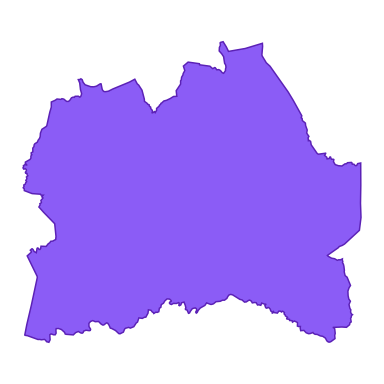 Chu Puh, Gia Lai, Vietnam (orthographic projection)
{"feature_id": "81297802B62904822955283", "entity_name": "Chu Puh", "entity_type": "district", "adm_level": 2, "iso_a3": "VNM", "parent_name": "Vietnam", "parent_adm1": "Gia Lai", "projection": "orthographic", "projection_center": [108.066, 13.509], "detail": "fine", "context": "isolated", "style": "filled", "palette": "violet", "viewbox_px": 384, "rotation_deg": 0, "n_neighbors": 0, "source": "geoboundaries", "source_scale": "gbopen_adm2", "svg_char_len": 5880}
<svg xmlns="http://www.w3.org/2000/svg" viewBox="0 0 384 384"><path d="M24.8,334.9L25.0,335.3L27.5,335.7L38.0,339.5L39.6,339.4L41.4,339.8L44.4,339.4L45.4,340.1L46.6,341.7L48.9,342.3L50.1,339.8L49.8,334.8L50.6,334.1L51.4,334.0L53.6,334.8L55.2,334.8L56.1,333.2L55.9,330.0L56.2,328.6L58.5,328.5L61.4,329.5L64.6,332.4L65.2,334.0L66.1,334.3L73.3,334.9L75.7,332.6L78.3,331.5L80.7,332.9L82.1,333.2L83.1,332.6L83.7,331.1L86.0,330.2L89.2,330.7L90.3,330.4L90.6,329.2L89.0,326.6L88.9,323.4L90.5,321.5L92.8,320.6L95.2,321.7L98.6,321.5L100.9,323.9L102.6,325.0L103.7,325.0L106.5,322.9L107.7,323.2L109.1,325.3L110.3,328.1L111.7,328.5L115.5,330.5L118.8,333.6L120.0,333.8L123.4,332.1L124.6,329.1L125.4,328.3L128.5,327.4L130.4,328.1L133.8,326.7L136.3,322.9L137.5,322.1L138.9,317.9L142.3,318.4L144.6,317.2L145.8,317.2L148.0,313.2L148.4,309.8L151.0,310.3L152.3,312.0L153.3,312.6L153.8,313.5L155.8,312.2L157.2,312.4L158.8,311.7L159.4,308.2L160.8,307.4L161.3,304.6L163.5,303.2L164.9,300.8L167.1,298.9L169.6,299.1L171.2,300.6L171.2,301.3L169.7,302.2L169.4,303.0L170.1,304.0L171.4,304.5L173.5,303.4L176.3,303.5L178.7,302.6L179.2,303.2L178.9,305.4L179.5,305.7L180.9,304.8L181.5,302.8L184.0,302.1L185.3,305.4L185.9,308.0L185.4,308.7L185.5,309.5L187.1,310.1L188.5,313.3L189.5,313.0L190.5,311.1L192.4,308.6L195.2,307.9L196.2,308.5L196.6,309.3L196.6,310.3L195.7,312.1L196.3,313.1L197.2,312.5L198.2,310.4L200.3,308.0L204.9,305.4L206.6,302.9L210.6,304.4L211.6,304.4L213.5,303.8L216.0,301.7L220.2,301.3L222.5,300.2L224.5,300.2L226.9,298.4L227.8,296.5L229.1,294.9L230.8,294.4L232.7,294.9L239.9,299.4L242.0,299.9L244.5,302.1L246.3,301.9L248.6,300.4L249.7,300.1L251.3,301.1L252.3,302.9L254.6,302.5L256.2,302.7L257.5,305.0L258.7,304.8L260.8,305.3L261.7,303.1L264.4,304.1L265.7,304.2L265.8,304.6L264.9,305.5L265.7,307.7L266.8,308.2L268.1,307.5L268.8,307.6L270.3,309.2L270.7,310.9L272.0,311.8L272.3,313.1L272.8,312.9L273.4,311.6L274.2,312.6L277.4,313.1L278.8,311.2L280.1,311.1L281.6,312.0L282.1,311.3L282.8,311.3L284.4,312.5L284.1,313.9L285.1,314.9L285.4,315.9L287.5,317.3L286.7,318.5L286.9,319.0L289.5,319.4L289.6,320.5L292.1,320.7L292.5,322.1L294.3,321.0L297.1,322.3L297.5,322.8L297.4,326.1L298.4,326.5L300.4,326.5L300.2,328.2L300.7,330.7L303.9,330.4L306.2,332.8L308.5,333.7L310.1,333.6L312.9,332.5L313.4,333.3L315.1,334.3L317.2,334.4L320.3,335.9L322.7,336.3L325.4,338.1L326.8,340.8L328.3,342.0L329.8,342.1L331.1,341.5L335.0,338.6L334.7,335.5L335.2,333.4L334.7,328.8L334.2,328.0L332.8,327.4L341.9,327.0L346.5,327.3L349.6,324.7L349.9,322.9L351.2,321.9L350.6,318.4L351.2,317.3L351.5,315.5L352.5,314.7L351.3,313.8L350.6,312.1L350.8,309.8L349.9,308.4L349.0,304.5L350.4,301.2L348.8,299.0L348.1,295.6L347.9,291.1L349.1,287.7L350.5,285.5L347.1,277.2L345.1,275.6L344.2,271.7L344.4,270.4L343.9,266.3L343.4,264.2L342.5,262.7L342.8,261.5L342.3,260.0L342.4,258.9L340.2,259.9L338.9,259.7L337.3,260.3L334.6,258.7L331.6,258.2L328.2,256.3L327.4,255.4L338.3,247.7L339.3,246.5L342.3,245.4L344.6,244.0L359.4,230.3L361.0,217.4L360.5,203.3L360.8,185.4L360.7,163.0L357.7,163.6L356.7,165.4L356.0,165.7L355.1,165.5L353.9,164.2L352.3,164.2L351.9,162.8L351.4,162.4L347.5,162.7L346.5,163.7L344.9,163.9L341.9,166.0L338.4,165.7L335.2,164.6L333.5,161.8L333.8,159.5L333.1,159.2L331.4,159.3L330.5,157.0L329.8,157.1L329.2,158.5L327.1,158.9L326.8,157.3L324.6,155.4L325.7,153.5L325.6,153.2L318.4,154.2L317.2,153.5L311.2,144.8L310.6,141.4L309.3,140.4L308.4,140.7L308.1,137.8L308.9,136.4L306.7,133.1L307.2,130.0L305.6,125.5L305.4,123.1L302.4,120.6L302.1,118.4L301.2,117.8L301.8,115.8L293.2,100.3L288.1,91.9L270.0,66.2L266.3,62.8L262.2,56.0L261.9,54.9L262.6,46.4L262.4,43.3L245.2,48.5L228.5,51.4L226.3,46.9L223.1,41.7L220.5,42.4L220.1,42.9L220.4,45.3L219.4,47.4L219.2,51.0L221.7,53.8L223.6,56.7L224.6,63.3L225.6,64.9L226.0,67.2L225.5,69.0L225.5,70.6L223.6,73.3L222.2,72.7L220.4,70.5L218.8,69.6L216.8,69.8L215.2,67.7L214.4,67.6L213.4,68.4L212.6,68.6L209.9,66.2L199.6,64.8L199.4,63.7L188.1,62.1L183.4,66.1L184.8,70.6L183.2,73.5L182.9,75.0L181.6,77.2L181.3,79.8L180.6,80.8L180.6,84.1L176.2,90.7L176.8,96.3L173.5,96.5L170.1,98.6L166.5,100.3L163.8,101.0L161.7,103.0L161.0,103.3L160.6,104.3L159.4,105.3L159.2,106.1L156.6,108.4L156.6,110.3L155.2,112.6L154.6,111.6L152.7,112.8L152.1,112.7L152.5,111.2L152.2,110.2L150.7,108.5L150.7,107.2L149.4,106.1L149.1,104.7L147.7,104.2L147.0,103.2L144.5,101.4L144.3,99.0L142.0,90.2L138.7,85.1L137.2,83.8L134.8,79.2L129.4,82.1L113.0,88.9L108.4,91.2L105.1,91.7L103.7,91.4L102.6,90.2L102.1,88.9L101.1,83.9L100.3,83.8L96.4,86.2L93.8,86.8L90.7,86.7L85.1,84.8L83.1,82.3L82.2,79.7L80.9,78.8L80.2,79.4L78.3,79.6L79.7,82.9L80.5,89.7L81.6,93.5L81.3,95.1L80.6,96.6L79.8,97.1L78.3,96.2L75.1,96.3L74.3,97.3L73.2,97.1L71.5,97.8L69.8,100.3L68.5,101.4L66.6,101.4L63.8,99.1L61.9,98.7L60.8,99.4L57.0,99.0L55.1,100.3L51.3,102.0L51.3,107.1L49.8,112.2L46.8,125.7L46.2,126.5L41.9,129.3L40.4,133.2L40.2,136.5L39.5,138.4L38.2,140.1L37.3,142.2L34.9,143.7L34.2,144.7L33.9,146.7L32.8,148.1L32.8,151.9L31.2,152.8L31.3,154.4L31.8,154.8L30.9,156.0L30.9,158.1L30.1,159.4L25.4,162.1L25.3,163.4L26.6,164.6L26.6,165.0L24.9,164.6L23.4,165.7L23.6,166.8L23.0,167.8L23.3,168.5L23.9,169.2L25.2,168.7L26.3,169.5L26.4,170.8L25.4,172.2L25.8,172.6L25.7,173.2L27.0,173.5L27.1,174.6L27.8,175.8L26.4,177.0L26.9,178.2L26.6,179.4L25.8,180.3L26.6,181.7L25.7,182.7L25.3,184.1L23.8,185.0L24.0,186.5L23.2,187.8L24.2,188.7L24.3,190.6L32.1,193.6L40.5,194.2L40.7,194.8L41.4,195.2L43.2,195.2L41.8,196.8L42.8,197.6L42.8,198.3L40.9,200.4L41.4,202.4L40.9,203.1L39.9,203.6L40.1,204.9L38.9,207.0L43.8,212.5L54.7,223.7L56.0,236.5L55.7,239.5L52.7,241.1L50.7,241.3L49.8,242.7L48.1,243.9L46.2,246.4L41.0,246.2L40.6,248.6L39.9,249.5L39.1,249.4L38.1,248.1L37.4,248.0L37.0,248.6L36.3,252.7L34.1,251.5L33.1,249.6L32.2,248.8L31.7,248.9L30.3,250.2L31.3,251.3L31.2,252.3L27.2,255.9L37.1,276.2L37.3,277.5L31.3,305.5L26.8,324.6L24.8,334.9Z" fill="#8b5cf6" stroke="#5b21b6" stroke-width="1.5"/></svg>